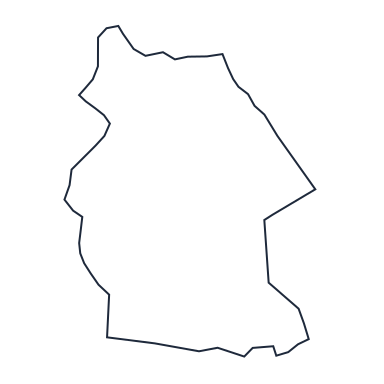 outline of Tupandi, Rio Grande do Sul, Brazil, rotated 184°
{"feature_id": "56859067B43704849668699", "entity_name": "Tupandi", "entity_type": "district", "adm_level": 2, "iso_a3": "BRA", "parent_name": "Brazil", "parent_adm1": "Rio Grande do Sul", "projection": "robinson", "projection_center": [-51.422, -29.478], "detail": "fine", "context": "isolated", "style": "outline", "palette": "slate", "viewbox_px": 384, "rotation_deg": 184, "n_neighbors": 0, "source": "geoboundaries", "source_scale": "gbopen_adm2", "svg_char_len": 862}
<svg xmlns="http://www.w3.org/2000/svg" viewBox="0 0 384 384"><g transform="rotate(184 192 192)"><path d="M173.9,33.6L155.6,38.4L145.7,35.9L128.4,31.5L120.6,40.7L100.2,43.8L96.5,34.6L84.8,39.0L75.6,47.5L65.3,53.4L71.2,68.8L77.5,83.0L109.2,106.9L117.9,169.1L110.1,174.9L69.2,203.3L110.7,253.9L125.2,274.3L135.6,282.3L142.9,293.5L153.0,300.2L158.8,307.5L164.7,318.1L171.2,331.7L186.6,328.3L205.6,326.7L218.3,323.1L230.7,329.4L247.9,324.6L260.2,330.6L271.9,345.0L277.1,352.5L288.7,349.4L296.5,339.6L295.6,325.8L294.6,310.8L298.8,297.5L305.6,288.3L311.4,280.8L304.3,275.0L294.6,268.9L285.2,262.5L278.7,254.5L283.3,241.8L291.4,231.6L313.7,206.0L314.6,190.3L318.7,175.5L309.3,165.1L299.7,159.5L300.3,147.0L301.0,133.2L299.2,123.0L294.6,113.4L287.3,103.6L278.8,93.0L267.5,83.8L266.6,41.1L218.5,38.4L173.9,33.6Z" fill="none" stroke="#1e293b" stroke-width="2"/></g></svg>